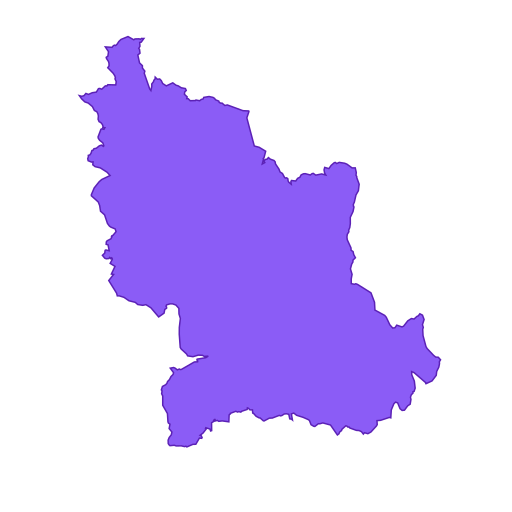 Atemajac de Brizuela, Jalisco, Mexico, rotated 8°
{"feature_id": "50627088B86434321142038", "entity_name": "Atemajac de Brizuela", "entity_type": "district", "adm_level": 2, "iso_a3": "MEX", "parent_name": "Mexico", "parent_adm1": "Jalisco", "projection": "robinson", "projection_center": [-103.741, 20.179], "detail": "fine", "context": "isolated", "style": "filled", "palette": "violet", "viewbox_px": 512, "rotation_deg": 8, "n_neighbors": 0, "source": "geoboundaries", "source_scale": "gbopen_adm2", "svg_char_len": 6033}
<svg xmlns="http://www.w3.org/2000/svg" viewBox="0 0 512 512"><g transform="rotate(8 256 256)"><path d="M127.5,105.4L119.9,90.6L120.2,88.4L117.4,85.7L117.0,83.3L113.8,81.0L111.0,73.4L112.9,71.3L111.9,67.6L111.0,66.8L111.9,64.5L111.1,60.7L112.6,60.2L114.7,56.2L112.3,56.5L111.3,57.5L110.0,57.2L105.9,57.9L104.9,58.9L98.7,56.5L92.2,60.3L90.3,62.7L88.9,65.7L87.7,67.1L86.5,66.9L85.5,67.6L84.4,69.4L77.7,69.9L81.5,74.2L81.5,78.7L80.0,80.1L80.5,81.3L82.9,84.0L83.6,85.7L84.0,88.1L83.0,90.2L89.1,94.9L91.1,97.2L92.0,99.2L91.7,100.2L93.3,102.8L93.3,106.1L85.4,107.0L84.7,108.3L83.1,108.5L80.0,112.3L78.0,111.8L76.7,112.2L75.1,115.9L71.1,117.1L67.6,119.3L64.9,118.7L63.4,121.1L61.3,122.1L58.8,121.8L61.4,124.6L65.0,127.2L68.6,127.9L73.2,130.8L75.7,134.4L78.3,135.3L79.6,137.1L80.4,139.2L80.6,142.6L81.9,144.8L83.8,145.5L85.6,147.2L86.5,149.0L86.4,150.1L88.5,150.0L87.8,151.7L85.5,151.6L84.8,152.1L83.0,160.1L83.5,161.5L85.2,163.3L88.5,165.2L90.0,168.1L89.6,168.7L87.5,167.7L85.5,168.7L82.9,171.5L80.6,172.3L79.9,173.9L78.8,174.4L78.3,177.3L77.4,179.0L75.9,179.7L76.2,181.1L75.8,183.0L76.5,185.0L80.0,185.9L81.5,185.5L81.7,188.4L84.2,189.9L89.5,190.4L96.9,193.8L100.3,196.6L92.6,201.7L90.4,204.2L86.3,211.1L84.4,218.3L84.6,219.3L92.3,224.5L94.2,227.9L95.8,233.3L100.3,236.3L104.4,244.5L106.7,246.8L108.2,247.6L112.8,248.8L114.0,251.4L111.5,255.4L110.4,256.1L110.2,257.0L110.6,257.1L110.0,259.1L106.4,261.7L105.8,262.9L106.0,265.3L107.9,265.5L109.9,271.2L106.5,270.9L105.8,271.4L105.8,274.2L103.8,276.7L106.5,279.2L108.1,279.6L110.7,279.0L111.3,277.8L112.6,278.9L113.0,277.9L113.8,278.2L114.2,279.2L112.6,283.6L117.8,285.9L115.3,294.0L117.5,294.1L113.6,300.8L123.1,312.2L124.2,314.8L126.1,314.5L131.0,315.3L136.4,318.0L142.9,318.7L145.6,320.5L150.7,320.6L153.8,319.5L159.1,321.9L168.1,329.9L172.9,325.4L173.1,321.6L174.7,320.2L174.6,319.1L173.9,318.3L174.2,316.9L177.4,315.4L180.0,315.0L183.5,315.7L186.9,318.6L187.8,324.1L189.8,328.4L190.0,337.4L190.9,344.2L193.7,357.1L194.8,358.5L200.9,362.7L202.2,364.4L207.6,364.5L212.6,362.2L216.9,361.8L218.7,362.6L222.7,361.8L220.4,363.7L212.1,366.3L211.9,367.1L212.9,368.0L212.9,368.9L209.7,369.5L197.9,378.7L196.8,379.0L195.8,378.6L193.9,379.7L191.5,378.3L189.9,377.9L186.7,379.0L190.6,383.0L190.4,384.8L188.6,387.2L187.5,390.4L185.9,392.6L185.5,394.5L184.5,396.0L181.5,398.2L180.9,401.8L181.5,402.2L181.8,403.7L181.7,405.5L183.1,407.6L184.4,416.8L190.2,424.3L191.9,432.5L192.5,433.6L194.2,434.5L194.0,439.0L197.2,442.0L197.0,444.9L195.3,447.8L194.6,450.6L195.2,454.0L196.2,455.1L197.2,455.8L201.4,454.8L203.4,455.2L208.4,454.4L211.8,454.7L213.1,454.1L214.1,454.7L219.7,451.3L222.6,450.8L225.3,444.2L227.6,444.1L227.9,443.3L226.8,441.6L225.6,441.3L228.2,438.7L230.9,434.0L230.0,433.7L230.2,433.0L234.5,433.8L235.4,435.6L236.4,435.1L235.2,427.3L238.0,425.1L237.0,424.7L237.6,423.7L238.2,423.6L238.7,425.0L240.5,424.2L242.1,424.9L245.5,424.0L252.2,424.0L251.5,417.1L252.6,415.9L252.5,415.4L257.6,412.6L259.5,413.1L260.6,412.5L262.7,412.7L263.5,411.7L268.6,409.2L268.6,407.6L269.8,407.9L271.4,409.2L273.9,408.9L274.6,412.0L275.2,412.0L278.4,414.7L281.7,415.9L282.6,415.8L286.2,418.2L287.0,418.2L291.8,414.7L294.7,414.2L301.2,410.6L302.6,410.9L303.8,410.4L306.0,408.5L308.1,408.0L310.5,408.2L312.1,412.6L313.8,412.6L314.9,413.3L313.0,407.4L315.3,406.3L318.4,408.1L325.1,409.2L330.7,410.8L331.8,411.5L334.0,415.4L336.9,416.6L338.0,416.6L341.1,413.4L342.5,413.3L345.4,412.0L353.3,413.0L361.5,421.9L362.9,420.5L363.3,418.7L365.0,417.0L365.2,415.7L368.5,411.7L369.5,411.7L370.7,412.6L371.9,412.4L372.9,413.3L379.7,414.7L382.4,414.5L384.9,415.3L387.1,417.4L388.0,415.9L391.5,416.4L394.3,414.3L398.9,407.6L399.5,406.1L398.7,402.2L402.2,401.4L410.5,397.3L412.0,397.5L411.4,389.6L413.1,383.1L414.5,381.3L416.7,381.7L419.9,387.2L422.2,388.6L424.5,388.0L427.1,383.2L429.3,381.3L429.4,376.5L428.6,374.3L429.1,371.8L430.5,370.0L430.3,368.6L431.4,368.1L432.0,364.7L430.2,357.8L426.8,352.0L426.2,348.8L428.8,349.5L442.4,358.3L441.5,359.2L447.7,355.2L451.1,349.1L451.0,345.2L452.5,340.6L452.7,337.2L452.3,335.2L453.2,333.1L450.6,330.9L448.0,331.1L445.6,329.6L438.3,323.8L436.9,322.0L432.5,311.6L431.3,305.4L431.6,303.4L430.4,300.9L431.3,295.5L429.1,291.4L426.3,290.4L425.1,292.6L423.7,293.5L421.3,296.4L418.6,296.3L415.3,299.1L411.9,305.0L410.4,305.9L405.0,304.9L403.6,307.7L401.4,308.3L398.1,305.5L393.5,298.5L391.7,296.9L381.3,293.0L379.8,285.3L375.0,276.5L360.5,270.0L358.7,269.6L357.4,270.3L354.2,270.1L353.5,265.5L353.7,260.8L351.3,255.6L351.9,250.7L352.8,248.5L352.6,246.6L354.7,243.9L352.6,241.0L351.5,238.1L349.4,237.1L348.9,234.7L344.1,227.2L343.4,224.5L343.4,221.8L344.6,219.1L344.2,217.5L344.9,214.8L344.9,210.8L344.0,204.6L345.9,198.5L346.2,193.8L345.6,193.2L345.2,191.3L345.9,189.0L346.5,181.7L348.3,177.1L348.2,172.0L348.2,170.6L344.9,164.4L344.7,163.2L343.8,162.2L343.7,159.4L342.0,154.9L338.9,155.4L333.3,152.4L330.9,151.8L325.4,151.7L323.1,153.2L321.5,152.3L320.5,152.7L317.8,155.8L316.0,159.3L311.7,158.7L311.4,161.3L312.4,164.3L313.8,166.1L309.6,165.6L303.9,167.6L301.2,166.2L300.1,166.6L298.5,168.2L293.3,167.6L291.5,168.0L289.4,169.4L288.5,171.9L286.4,173.3L284.9,176.2L280.6,176.3L280.2,177.5L280.9,180.0L278.2,178.4L277.3,177.1L276.8,175.1L275.5,174.3L274.3,174.7L273.4,174.3L270.7,170.6L268.1,169.4L266.6,166.7L262.5,162.1L261.8,160.0L260.5,158.9L256.7,158.1L254.6,156.8L253.4,158.6L251.8,159.1L250.6,160.9L251.7,162.3L249.4,164.0L250.0,158.6L249.7,158.5L250.3,157.2L251.0,150.9L244.0,147.9L239.0,147.3L227.7,120.5L228.9,114.0L228.6,113.4L222.8,113.9L206.6,110.4L204.2,111.3L201.1,109.3L199.9,109.6L198.2,109.0L197.6,107.8L194.1,106.9L193.1,105.7L191.3,104.9L187.3,104.6L182.2,106.2L181.8,107.8L180.0,108.6L178.6,110.1L174.8,109.9L174.4,110.5L169.2,111.4L167.0,109.7L165.5,109.8L165.7,108.0L162.6,105.8L162.6,103.4L163.9,101.8L162.8,100.0L158.6,99.8L155.2,98.3L153.0,98.0L149.5,96.1L143.5,100.0L139.6,98.2L137.8,95.5L136.0,94.1L133.7,94.7L131.3,92.9L131.4,94.9L130.5,96.0L130.2,97.7L128.8,100.2L129.2,102.4L128.9,106.8L127.5,105.4Z" fill="#8b5cf6" stroke="#5b21b6" stroke-width="1.5"/></g></svg>